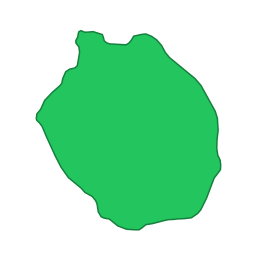 the district of Con Co, Vietnam, rotated 173°
{"feature_id": "81297802B79612246152029", "entity_name": "Con Co", "entity_type": "district", "adm_level": 2, "iso_a3": "VNM", "parent_name": "Vietnam", "parent_adm1": "", "projection": "natural_earth1", "projection_center": [107.34, 17.158], "detail": "fine", "context": "isolated", "style": "filled", "palette": "green", "viewbox_px": 256, "rotation_deg": 173, "n_neighbors": 0, "source": "geoboundaries", "source_scale": "gbopen_adm2", "svg_char_len": 1128}
<svg xmlns="http://www.w3.org/2000/svg" viewBox="0 0 256 256"><g transform="rotate(173 128 128)"><path d="M99.1,32.1L93.9,31.7L90.0,31.7L83.2,31.2L75.9,31.2L69.1,34.8L65.6,38.1L58.6,48.8L48.6,67.8L44.4,72.1L41.3,75.4L40.5,80.0L40.5,84.9L42.2,90.0L42.4,96.7L41.1,105.4L38.8,114.9L38.1,126.9L39.4,134.0L50.4,161.3L55.5,168.9L78.2,192.8L81.6,198.1L84.7,205.9L88.6,211.7L93.4,216.1L98.9,219.2L103.7,219.2L111.2,218.4L114.1,214.6L116.9,212.1L119.8,210.8L136.0,213.7L139.0,215.3L141.0,217.5L141.4,221.0L142.1,223.9L150.9,227.9L156.7,228.1L159.4,228.4L162.9,230.4L165.2,229.4L165.9,227.5L166.8,224.4L169.1,221.2L169.3,218.6L166.9,214.6L166.8,209.0L170.7,196.1L173.3,194.1L178.7,193.5L182.9,191.5L186.7,185.1L188.3,180.4L190.6,178.2L198.8,172.6L207.4,165.5L212.5,157.1L216.7,153.1L217.9,148.6L217.5,146.6L215.2,143.8L213.0,140.0L210.1,129.6L203.7,109.4L199.2,97.2L193.2,86.0L181.9,74.1L178.5,69.2L171.9,64.5L169.0,59.9L168.0,56.5L167.7,48.2L165.4,43.1L162.5,41.4L157.7,40.0L150.1,32.1L141.8,27.7L134.6,26.3L129.4,25.6L126.3,27.2L122.0,29.9L115.6,30.1L102.7,31.8L99.1,32.1Z" fill="#22c55e" stroke="#15803d" stroke-width="1.5"/></g></svg>